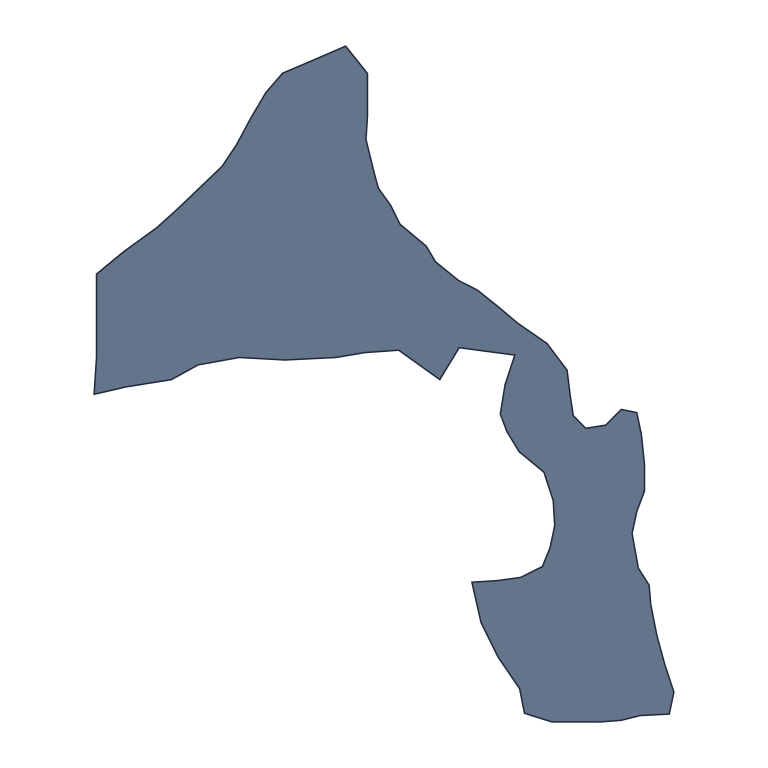 Pigi, Cyprus (Natural Earth projection)
{"feature_id": "46923920B21676423374692", "entity_name": "Pigi", "entity_type": "district", "adm_level": 2, "iso_a3": "CYP", "parent_name": "Cyprus", "parent_adm1": "", "projection": "natural_earth1", "projection_center": [33.773, 35.218], "detail": "fine", "context": "isolated", "style": "filled", "palette": "slate", "viewbox_px": 768, "rotation_deg": 0, "n_neighbors": 0, "source": "geoboundaries", "source_scale": "gbopen_adm2", "svg_char_len": 1105}
<svg xmlns="http://www.w3.org/2000/svg" viewBox="0 0 768 768"><path d="M94.1,394.3L125.5,387.0L171.5,379.6L198.1,364.9L239.2,357.5L285.1,360.0L335.9,357.5L364.9,352.6L398.7,350.2L439.8,379.6L459.2,347.7L514.8,355.1L505.1,384.5L500.3,414.0L506.8,431.4L519.2,451.8L543.9,472.2L553.2,500.5L554.7,525.6L550.1,547.6L542.4,566.5L520.7,577.4L497.5,580.6L471.9,582.2L481.0,622.5L497.9,656.8L519.6,688.7L524.5,713.3L551.7,721.9L579.5,721.9L601.2,721.9L621.3,720.3L639.9,715.6L669.3,714.1L673.9,692.1L664.6,663.8L656.9,635.5L650.7,604.1L649.2,585.3L638.3,568.0L632.1,533.5L636.8,511.5L644.5,491.1L644.5,475.4L644.5,464.4L641.4,434.6L636.8,412.6L621.3,409.4L605.8,425.1L585.7,428.3L573.3,415.7L570.2,395.3L567.1,370.2L547.0,343.5L517.6,323.1L499.0,307.4L477.4,290.1L458.8,280.7L435.6,261.9L426.3,246.2L400.0,224.2L390.7,205.4L378.3,188.1L373.7,170.8L366.0,139.5L367.5,115.9L367.5,90.8L367.5,73.5L345.6,46.1L311.7,60.8L282.7,73.1L265.8,92.7L251.3,117.2L236.8,144.2L222.2,166.2L178.7,207.9L157.0,227.5L123.1,252.1L96.5,274.1L96.5,301.1L96.5,357.5L94.1,394.3Z" fill="#64748b" stroke="#1e293b" stroke-width="1.5"/></svg>